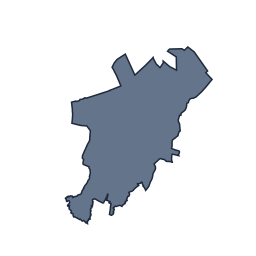 outline of Coatepec Harinas, México, Mexico, rotated 47°
{"feature_id": "50627088B96947768971669", "entity_name": "Coatepec Harinas", "entity_type": "district", "adm_level": 2, "iso_a3": "MEX", "parent_name": "Mexico", "parent_adm1": "México", "projection": "mercator", "projection_center": [-99.782, 18.94], "detail": "fine", "context": "isolated", "style": "filled", "palette": "slate", "viewbox_px": 256, "rotation_deg": 47, "n_neighbors": 0, "source": "geoboundaries", "source_scale": "gbopen_adm2", "svg_char_len": 5951}
<svg xmlns="http://www.w3.org/2000/svg" viewBox="0 0 256 256"><g transform="rotate(47 128 128)"><path d="M136.9,220.0L137.1,219.9L136.9,220.4L137.0,220.7L136.6,221.4L136.7,221.7L138.5,222.1L139.6,222.9L140.0,222.9L140.2,222.6L140.2,222.0L140.3,221.6L140.6,221.0L141.1,220.9L141.5,220.9L142.5,221.4L143.1,222.0L143.2,222.3L143.3,222.5L143.1,223.7L143.2,224.3L143.3,224.8L143.6,225.2L144.2,225.3L144.6,225.0L144.7,224.2L145.0,223.9L145.3,224.8L145.5,225.1L146.1,225.1L146.3,225.2L146.4,225.5L146.5,225.7L147.0,226.2L147.4,226.3L149.0,226.0L149.6,226.0L150.1,226.1L150.4,226.5L150.8,227.3L151.2,227.6L151.5,227.7L152.0,227.6L152.2,227.1L152.5,226.9L153.0,226.8L153.4,226.8L153.7,226.9L154.5,227.8L154.9,228.1L155.4,228.1L155.7,228.0L156.1,228.3L156.6,227.6L156.8,227.5L158.1,227.1L158.6,226.8L159.7,226.5L160.3,226.2L160.6,226.2L161.9,225.8L162.1,225.3L162.4,225.0L164.5,225.1L165.3,224.5L165.3,223.8L166.3,223.2L166.6,223.2L167.4,223.5L167.7,223.5L168.2,223.3L168.7,223.4L168.7,223.1L169.1,222.8L169.3,222.8L169.8,222.9L170.3,222.8L169.6,222.2L168.6,222.0L168.7,221.4L168.5,221.1L168.4,220.4L168.7,220.1L168.6,219.9L167.9,219.3L167.7,218.9L168.5,218.4L168.8,217.7L168.3,217.5L167.3,216.9L167.0,215.8L166.5,215.6L166.3,215.3L166.5,215.0L166.6,214.8L166.5,214.6L165.6,213.7L165.2,213.6L164.9,213.8L163.6,212.5L163.3,212.3L163.2,212.0L163.4,211.6L163.1,211.4L162.8,211.2L162.4,211.3L162.1,211.1L162.0,210.8L161.8,210.7L161.5,210.2L161.4,209.7L161.6,209.1L161.6,208.8L161.2,208.3L160.0,208.1L160.1,207.9L160.8,207.4L160.8,207.0L159.9,206.7L159.6,205.5L158.9,205.4L158.5,205.0L158.7,204.7L158.3,204.1L158.1,203.8L157.8,203.7L157.3,203.8L156.2,202.7L156.2,202.4L156.5,201.9L156.8,201.6L156.7,201.2L157.1,200.5L160.3,199.6L164.4,198.1L165.7,197.6L166.1,196.9L165.2,194.8L165.0,193.1L164.0,191.7L164.0,190.1L163.2,189.5L162.5,188.2L162.6,187.9L162.8,187.9L163.0,188.0L166.3,193.0L167.4,192.3L169.4,191.5L169.5,191.8L169.7,192.0L169.5,192.4L169.6,192.6L169.6,192.8L170.0,192.9L171.7,192.0L173.7,194.6L174.7,195.7L174.9,195.8L175.3,196.3L178.5,200.5L179.9,200.0L180.4,199.7L180.7,199.4L180.7,198.5L180.9,197.9L180.6,196.9L180.3,196.7L180.1,196.2L179.6,196.2L179.4,195.7L179.0,195.5L179.1,195.3L178.3,193.7L177.5,193.3L176.8,193.5L176.6,193.4L176.2,192.8L176.5,192.2L176.6,191.6L176.5,191.1L176.3,190.9L176.4,190.7L177.4,190.0L178.6,187.4L179.1,186.6L181.2,185.9L181.0,185.3L180.8,184.9L180.7,184.4L181.1,183.7L181.0,183.3L181.0,182.9L180.8,182.0L181.2,181.8L181.0,181.4L181.0,181.1L180.5,180.8L180.4,180.4L180.5,180.2L180.4,180.1L179.9,179.9L180.4,178.6L180.5,178.1L180.4,178.0L180.1,178.1L179.9,177.8L179.4,177.9L179.2,177.7L178.9,177.1L178.6,176.1L178.0,175.1L177.9,174.9L178.3,174.2L178.4,173.7L178.3,173.4L178.1,172.9L177.6,172.1L177.2,171.8L176.5,171.6L175.9,171.5L175.7,171.4L175.7,171.1L176.2,169.5L176.9,168.5L177.2,166.8L176.9,164.8L176.9,163.3L177.0,161.5L177.4,159.4L176.2,159.2L175.3,159.3L175.3,159.0L176.5,157.5L176.9,156.5L176.9,156.1L176.7,155.9L177.1,154.8L177.9,155.0L178.1,155.1L178.5,155.6L179.5,155.7L179.9,156.1L180.6,156.3L180.8,156.5L180.9,156.3L181.2,156.4L181.4,156.6L181.7,156.7L182.5,156.6L182.9,156.8L184.2,157.0L185.6,157.7L185.6,157.0L185.2,154.2L184.8,152.5L182.9,148.8L182.3,147.3L182.0,146.2L181.1,144.4L180.1,142.9L178.6,141.0L177.9,139.3L177.0,136.4L176.0,135.1L175.2,134.5L173.7,133.9L172.7,133.7L172.1,133.3L172.1,126.3L172.3,125.9L172.4,125.3L172.6,125.0L174.3,124.2L174.7,123.9L175.2,123.2L175.4,123.0L176.5,122.9L177.7,122.9L177.8,122.7L178.6,122.6L180.0,121.4L180.3,120.9L180.9,120.5L181.6,119.9L181.8,119.5L182.1,119.3L183.0,119.3L183.2,119.2L183.3,119.0L181.7,118.2L180.6,117.5L180.0,116.8L178.1,115.0L177.5,114.0L177.3,113.4L182.9,109.7L182.3,109.5L181.9,109.3L181.5,108.1L181.0,107.3L180.6,106.7L180.1,106.4L179.6,106.4L179.3,106.4L178.8,106.7L178.2,107.2L176.9,107.9L176.4,108.4L175.7,108.6L175.4,108.8L173.7,109.6L173.0,109.9L172.5,110.0L171.6,108.5L171.0,107.8L168.7,105.7L167.7,104.7L167.3,103.7L167.1,103.2L167.5,100.3L167.5,98.8L167.7,96.8L167.5,96.4L166.4,94.9L166.2,94.3L165.6,93.3L165.8,91.7L165.2,91.4L163.8,90.4L163.5,90.0L161.7,88.8L160.8,87.9L160.0,87.5L157.5,86.6L156.6,85.9L156.1,85.4L154.4,82.4L153.8,81.7L154.8,80.7L154.4,80.2L153.6,79.5L153.5,79.0L153.8,75.3L153.8,74.3L153.8,73.9L153.2,72.3L152.4,70.9L151.9,70.2L150.4,68.6L150.1,67.8L150.6,66.7L149.7,65.1L149.3,64.1L149.1,63.5L149.2,62.4L149.4,61.8L149.8,61.1L151.0,59.5L151.3,58.1L151.7,57.3L151.7,49.3L151.1,42.8L149.8,33.4L140.6,33.4L140.6,30.9L117.5,27.7L109.5,29.0L109.6,33.8L106.8,34.5L98.6,43.8L98.8,46.7L108.9,44.2L118.8,53.1L111.4,55.7L103.0,56.6L104.5,57.9L105.7,63.4L100.3,63.7L94.6,62.1L93.5,61.5L93.7,62.8L94.1,72.4L94.0,86.9L72.1,79.6L70.4,89.3L71.0,93.5L72.7,98.2L75.1,98.7L80.8,100.4L81.2,100.4L91.8,104.3L92.4,104.6L87.9,116.0L87.8,116.8L78.2,137.2L78.2,137.6L76.9,138.6L76.8,138.9L76.4,139.3L76.6,139.6L76.6,139.8L76.2,140.0L75.8,141.6L75.4,142.5L74.4,143.5L74.7,144.7L74.6,145.3L73.4,147.7L72.9,147.8L72.7,147.8L70.6,151.7L75.9,155.6L77.0,156.5L77.2,156.8L80.2,159.1L83.5,162.6L86.3,165.8L94.0,160.8L98.4,156.7L104.3,157.4L111.0,164.7L112.0,167.6L112.2,168.5L114.8,174.5L115.0,175.3L116.9,179.4L117.2,180.1L118.3,181.4L118.9,181.9L120.7,181.9L122.4,184.2L123.5,185.4L123.8,185.5L124.4,185.4L129.7,183.0L130.7,183.8L131.8,184.0L132.7,184.3L134.1,185.4L135.5,186.6L136.3,187.8L136.4,188.2L136.7,188.5L137.0,189.2L138.3,190.1L138.8,191.0L139.1,193.0L139.7,194.1L140.3,195.6L140.7,198.5L141.3,200.7L141.6,201.3L142.0,201.5L141.9,202.3L142.4,202.9L142.6,204.4L143.4,205.6L143.5,206.1L144.0,206.7L144.1,207.2L144.1,207.5L144.1,207.9L143.4,209.2L143.3,209.7L143.0,210.0L142.9,210.2L142.8,210.9L143.0,211.5L143.0,212.0L142.1,213.3L141.5,214.1L141.3,215.7L141.0,215.8L140.8,215.7L140.6,215.3L140.4,215.2L139.7,215.2L138.5,216.3L138.3,216.5L138.2,216.8L138.3,217.7L138.2,217.9L138.0,218.1L137.7,218.2L137.2,218.2L137.2,218.3L137.2,218.7L136.8,219.1L136.8,219.5L136.9,220.0Z" fill="#64748b" stroke="#1e293b" stroke-width="1.5"/></g></svg>